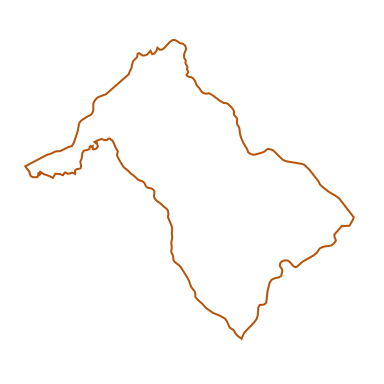 outline of Surin, rotated 314°
{"feature_id": "THA-443", "entity_name": "Surin", "entity_type": "Province", "adm_level": 1, "iso_a3": "THA", "parent_name": "Thailand", "parent_adm1": "", "projection": "natural_earth1", "projection_center": [103.631, 14.911], "detail": "fine", "context": "isolated", "style": "outline", "palette": "amber", "viewbox_px": 384, "rotation_deg": 314, "n_neighbors": 0, "source": "natural_earth", "source_scale": "10m", "svg_char_len": 4823}
<svg xmlns="http://www.w3.org/2000/svg" viewBox="0 0 384 384"><g transform="rotate(314 192 192)"><path d="M234.4,324.0L230.5,323.4L218.4,319.9L211.3,319.4L209.8,318.7L209.1,316.5L209.6,310.8L209.1,308.3L207.8,306.8L206.1,305.5L204.1,304.8L202.0,305.0L200.0,306.3L199.4,308.1L199.1,310.0L197.8,312.0L193.6,314.4L190.6,313.7L187.8,311.6L184.1,310.2L180.6,310.9L172.7,315.5L164.9,321.6L163.4,322.3L161.2,322.0L159.6,320.9L158.5,319.7L157.8,319.1L154.8,320.1L149.1,324.9L145.5,326.7L141.1,327.3L127.1,327.3L120.8,329.5L120.8,329.4L120.2,324.4L120.3,322.7L120.6,321.0L121.5,318.3L121.4,316.8L120.8,314.5L120.8,313.2L121.2,311.7L122.0,310.1L123.2,306.8L123.6,304.9L123.7,303.4L123.6,302.5L122.0,296.8L119.7,291.3L118.3,283.2L118.4,280.6L118.8,277.4L118.5,271.8L118.6,269.3L118.8,267.6L119.2,267.0L121.2,264.9L121.6,264.2L122.0,263.5L122.4,262.4L123.0,258.0L123.2,257.1L126.1,251.4L127.2,248.2L129.8,237.6L130.3,233.8L129.7,228.5L129.8,227.1L130.1,226.1L131.1,224.9L132.1,223.9L133.3,221.9L134.1,219.5L134.8,218.4L135.5,217.7L136.8,216.9L137.4,216.5L137.9,216.1L140.8,212.7L141.3,212.2L145.0,209.8L146.1,208.7L148.5,205.9L151.3,203.7L152.3,202.7L152.6,202.3L154.0,199.6L157.1,192.4L157.9,191.5L158.5,191.2L159.4,190.6L160.3,189.7L161.6,188.0L162.1,186.7L162.3,185.5L162.0,182.8L161.8,176.8L161.2,173.5L161.2,171.3L161.4,170.0L161.7,169.0L162.1,168.3L162.5,167.6L163.0,167.1L164.3,166.3L166.2,164.7L166.6,163.6L166.8,162.6L166.7,161.7L166.5,160.9L166.3,160.2L165.5,158.9L164.9,158.2L164.5,157.4L164.0,155.9L164.2,154.7L164.9,152.9L165.3,151.7L165.5,150.6L165.4,149.7L165.2,148.8L164.9,148.0L164.1,146.8L163.8,146.1L163.5,145.3L163.4,144.4L163.4,140.3L162.8,134.5L162.9,131.4L162.4,125.7L162.8,123.7L164.7,116.7L166.0,113.1L167.0,112.0L169.0,110.9L169.7,110.3L169.9,109.9L170.6,107.0L171.2,105.4L173.2,100.9L173.8,98.2L173.4,97.9L173.3,97.1L173.5,96.2L173.1,95.3L172.0,94.8L171.1,94.8L170.1,94.5L168.9,93.5L167.5,90.6L167.4,90.2L164.3,88.6L160.3,87.1L160.3,88.6L161.7,88.6L159.3,92.8L155.8,92.9L153.9,90.9L156.2,88.6L155.6,88.4L155.0,88.4L154.6,88.2L154.7,87.1L153.4,87.1L151.5,88.3L149.6,87.6L147.8,86.2L146.4,85.4L143.7,86.2L139.3,89.5L137.1,90.2L135.9,91.0L133.4,94.5L131.5,95.3L129.9,94.5L128.4,93.2L126.4,92.9L123.8,95.3L122.8,92.5L118.9,90.2L118.0,87.1L116.8,87.1L114.5,87.5L112.8,84.1L110.2,81.0L105.4,82.1L104.5,78.6L101.7,72.5L101.2,68.8L99.8,68.8L99.8,70.5L98.4,70.5L98.4,68.8L97.6,69.4L95.4,70.5L93.5,68.8L92.0,67.0L91.5,64.9L92.6,62.2L93.4,61.6L94.7,54.2L118.5,62.0L119.2,62.5L119.8,63.0L120.9,63.6L125.9,65.5L127.4,66.5L128.3,67.3L128.8,67.9L129.4,68.4L130.7,69.1L138.5,71.9L141.5,73.6L145.1,72.9L156.8,67.3L161.1,64.3L163.7,63.0L164.6,62.8L165.5,62.7L167.1,62.8L173.5,64.3L176.7,65.5L177.8,65.6L179.0,65.5L181.0,64.9L182.0,64.3L182.8,63.7L186.5,60.1L187.2,59.6L188.5,59.0L189.2,58.8L192.6,58.3L193.9,58.4L195.5,58.8L202.6,62.2L232.7,64.7L235.4,63.5L238.3,62.5L239.0,62.5L241.0,61.0L245.0,58.8L250.8,58.8L251.7,58.4L252.6,57.5L253.5,56.9L255.0,57.3L255.3,58.1L255.6,61.1L256.3,62.2L258.1,63.6L259.5,64.2L261.3,64.3L264.8,64.0L263.5,67.6L265.4,68.8L268.8,68.3L271.8,67.0L272.0,70.1L273.8,71.6L276.7,72.0L283.8,71.8L287.0,72.2L289.2,73.5L290.1,76.3L290.7,79.8L292.4,82.7L292.5,85.1L291.8,86.9L291.2,87.9L290.5,88.5L289.8,88.9L286.9,90.0L285.6,90.7L285.0,91.1L283.5,92.7L283.1,93.3L282.7,94.1L282.6,95.1L282.2,96.2L281.6,96.8L280.9,97.1L280.2,97.8L279.7,98.8L279.3,100.8L278.8,101.8L278.0,102.5L277.0,102.9L276.8,103.1L276.7,103.4L276.3,104.6L276.0,105.3L275.4,105.9L274.8,106.2L274.0,106.4L273.2,106.4L272.6,106.6L272.2,107.2L272.2,108.3L272.9,110.0L273.5,110.9L274.1,111.6L274.4,112.6L274.5,114.0L274.0,116.9L273.5,118.2L272.9,119.2L272.4,120.2L272.0,121.7L271.8,124.9L271.5,126.4L271.0,128.5L270.9,129.6L271.0,130.9L271.9,133.0L272.6,133.9L273.4,134.6L274.7,135.4L275.4,137.4L276.0,140.5L276.9,148.1L278.1,153.2L279.6,154.8L280.1,155.9L280.3,157.7L280.4,161.3L279.9,164.3L279.3,165.9L278.7,166.7L278.1,167.1L277.1,168.1L276.8,168.5L276.6,169.2L276.4,172.0L276.1,173.0L275.8,173.9L275.2,174.5L272.9,176.2L272.4,176.8L272.1,177.5L271.8,178.3L271.5,180.1L270.9,181.6L267.1,186.2L264.8,190.4L263.9,192.7L263.6,193.4L262.9,194.9L261.4,200.9L260.8,202.7L260.4,203.3L259.6,204.8L259.7,205.9L259.9,207.2L260.8,209.2L261.5,210.2L262.1,211.0L269.3,215.2L270.7,215.8L272.5,216.2L273.4,216.2L275.1,216.5L275.8,216.9L276.3,217.4L276.7,218.0L278.1,220.7L278.3,222.3L278.2,234.4L278.5,235.9L280.0,239.1L288.7,251.7L289.0,252.4L289.6,254.0L289.6,261.0L287.5,275.6L286.3,278.7L286.3,280.7L286.4,283.5L287.1,289.8L288.1,294.4L288.4,295.2L288.8,296.8L289.6,302.4L286.2,325.7L286.2,325.8L284.2,326.9L277.1,328.7L271.4,323.4L260.3,324.0L258.4,326.0L257.8,327.9L256.8,329.4L253.1,329.8L250.1,329.2L247.8,327.6L245.7,325.8L243.5,324.3L240.5,323.2L238.8,323.2L237.1,323.7L234.4,324.0Z" fill="none" stroke="#b45309" stroke-width="2"/></g></svg>